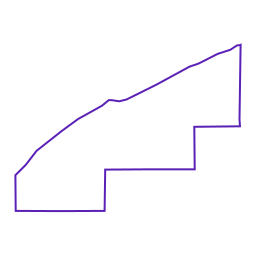 the district of Lake, Ohio, United States of America
{"feature_id": "52423323B78273597344346", "entity_name": "Lake", "entity_type": "district", "adm_level": 2, "iso_a3": "USA", "parent_name": "United States of America", "parent_adm1": "Ohio", "projection": "natural_earth1", "projection_center": [-81.217, 41.712], "detail": "fine", "context": "isolated", "style": "outline", "palette": "violet", "viewbox_px": 256, "rotation_deg": 0, "n_neighbors": 0, "source": "geoboundaries", "source_scale": "gbopen_adm2", "svg_char_len": 481}
<svg xmlns="http://www.w3.org/2000/svg" viewBox="0 0 256 256"><path d="M240.0,126.3L239.5,119.8L240.6,44.9L240.4,45.0L236.8,45.5L230.3,49.8L217.6,53.9L198.7,63.5L197.4,64.0L189.4,66.7L156.3,84.7L126.5,99.5L119.6,101.2L119.3,101.3L112.1,100.2L108.8,100.1L102.0,105.7L78.1,119.0L61.7,131.0L36.7,150.7L25.8,164.8L15.4,175.2L15.6,200.3L15.7,210.9L60.6,211.1L104.6,210.9L105.2,169.6L153.3,169.3L194.7,169.3L194.3,126.8L240.0,126.3Z" fill="none" stroke="#5b21b6" stroke-width="2"/></svg>